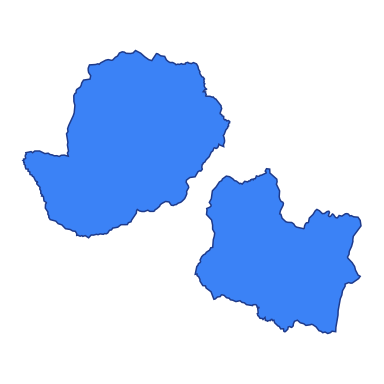 Ubalá, Cundinamarca, Colombia (Natural Earth projection)
{"feature_id": "7082276B3208116605104", "entity_name": "Ubalá", "entity_type": "district", "adm_level": 2, "iso_a3": "COL", "parent_name": "Colombia", "parent_adm1": "Cundinamarca", "projection": "natural_earth1", "projection_center": [-73.441, 4.757], "detail": "fine", "context": "isolated", "style": "filled", "palette": "blue", "viewbox_px": 384, "rotation_deg": 0, "n_neighbors": 0, "source": "geoboundaries", "source_scale": "gbopen_adm2", "svg_char_len": 5938}
<svg xmlns="http://www.w3.org/2000/svg" viewBox="0 0 384 384"><path d="M156.4,53.6L151.8,60.6L148.8,59.7L144.7,56.8L140.7,53.2L135.5,50.5L133.0,53.0L130.5,53.5L126.1,53.3L124.3,52.1L122.2,51.8L119.4,53.0L117.5,56.1L115.3,57.3L112.6,60.1L111.3,60.3L108.2,59.6L105.7,60.2L100.6,62.9L99.1,64.4L98.0,63.8L95.5,64.5L89.5,64.9L88.2,68.2L88.2,70.1L88.6,72.5L90.7,75.7L90.0,79.1L83.5,80.1L81.7,83.0L81.2,85.3L80.2,87.1L76.8,89.4L76.1,90.8L76.1,92.8L74.9,93.5L73.8,95.7L73.9,101.5L74.9,105.4L74.2,112.8L73.2,115.8L68.8,125.3L67.6,128.7L68.0,131.6L66.5,133.8L67.9,142.3L67.4,145.0L68.5,151.1L67.4,153.0L68.3,156.2L64.2,155.1L61.2,155.3L59.2,156.5L56.9,155.7L54.2,155.8L52.4,154.9L50.0,154.5L48.2,153.2L44.9,153.6L39.6,151.0L34.8,151.0L32.6,152.7L31.1,151.6L25.8,152.7L26.2,154.3L25.4,155.0L25.2,156.2L25.7,158.1L24.6,159.1L23.6,159.1L23.6,160.0L23.0,160.5L23.7,160.8L23.7,162.3L24.3,162.5L24.0,164.1L25.4,165.5L25.2,166.7L25.9,168.9L28.2,169.2L28.0,171.1L29.8,171.9L30.0,174.5L31.9,175.0L32.4,176.3L33.6,176.8L35.6,181.0L37.4,181.8L37.5,182.3L36.8,182.6L36.8,183.9L40.0,187.3L39.8,189.1L40.8,190.9L40.8,193.5L42.2,194.8L41.6,196.0L43.4,196.4L44.0,200.9L46.4,202.6L46.3,203.2L45.5,204.1L45.3,208.1L47.9,212.0L47.9,214.3L48.8,215.7L48.8,217.4L50.2,219.6L55.8,221.1L58.2,223.7L61.8,224.8L65.5,228.7L70.2,229.5L72.7,231.0L75.3,231.3L76.7,233.5L76.7,235.4L77.9,235.2L80.1,236.2L81.9,235.6L82.8,236.4L85.2,235.6L88.6,237.8L91.2,235.0L93.6,235.1L96.4,234.3L98.1,234.7L100.1,233.9L103.4,234.3L104.5,233.6L106.3,233.8L107.7,233.0L109.5,230.3L111.5,229.9L112.7,228.1L117.8,227.2L120.9,224.7L127.3,224.6L128.4,222.7L131.0,221.8L131.6,220.1L136.3,213.2L136.6,210.6L137.3,209.5L139.4,210.9L141.8,211.5L144.4,211.5L147.8,210.2L149.9,211.4L153.4,211.4L154.5,210.9L155.1,209.7L156.6,208.9L159.5,206.4L160.3,204.7L161.8,203.5L165.5,201.5L169.0,201.9L171.3,205.2L173.4,205.5L174.6,204.8L176.3,204.6L178.1,203.2L180.7,202.3L182.2,201.1L184.7,198.6L185.8,196.3L186.8,193.9L186.6,191.3L188.7,187.6L188.4,186.0L186.1,182.2L186.5,180.1L189.9,177.5L195.1,176.8L198.0,171.7L199.9,170.7L200.6,171.1L201.2,170.8L202.3,169.2L201.8,167.2L202.2,164.6L203.1,163.8L203.2,163.0L204.9,162.0L205.9,160.1L209.2,156.7L211.2,152.2L212.9,150.8L213.8,148.2L214.7,147.8L216.0,148.5L217.3,147.9L218.2,146.7L218.9,144.2L220.0,145.1L223.7,146.6L223.4,144.8L224.4,142.4L224.6,140.9L224.2,137.9L223.3,135.5L224.3,134.1L225.8,130.0L227.7,127.7L227.8,126.5L228.6,126.0L228.4,124.4L229.1,122.9L229.6,122.8L229.7,121.5L228.3,120.5L226.8,120.9L225.6,119.6L224.6,119.8L223.7,118.7L223.7,116.4L222.1,115.8L221.7,114.7L220.3,113.9L220.1,113.1L221.7,108.5L221.1,107.0L221.1,105.8L215.8,99.0L214.8,98.7L213.1,96.9L212.4,97.2L210.0,96.3L206.2,96.2L205.7,95.9L206.2,94.5L205.5,92.8L205.6,91.9L203.2,91.7L204.6,89.8L205.6,89.9L206.5,89.1L205.1,87.9L204.2,86.1L204.2,84.8L204.8,83.8L203.8,82.8L204.2,81.7L203.8,79.6L204.4,79.0L203.3,77.3L201.8,76.7L200.0,73.8L199.6,72.5L200.0,71.8L198.5,69.1L197.9,66.3L196.5,63.9L193.5,62.6L191.3,63.6L188.5,63.0L187.8,62.3L185.5,63.0L185.3,64.0L182.8,64.3L181.4,63.6L179.2,64.5L178.0,64.1L175.9,64.7L175.0,63.7L172.7,62.5L169.9,62.5L168.0,61.3L166.4,59.9L164.7,56.4L160.7,55.8L157.7,53.8L156.4,53.6ZM266.5,168.7L265.2,171.1L266.2,172.2L266.1,173.0L261.2,175.3L260.1,175.3L259.4,176.1L258.0,176.4L256.4,175.9L255.4,178.6L254.0,178.7L253.3,179.8L252.1,179.1L251.6,179.7L250.6,179.8L249.9,181.0L248.6,181.0L247.7,181.9L244.7,181.3L242.2,184.1L240.7,183.3L239.7,183.7L236.4,181.1L234.5,180.6L232.8,178.8L229.6,176.7L226.3,176.1L222.4,179.0L221.7,180.6L219.4,181.9L216.1,186.9L212.4,190.8L211.3,198.8L209.3,202.4L211.0,204.8L211.1,205.9L209.8,207.2L206.7,208.5L207.0,209.9L206.5,214.5L211.6,220.0L212.6,225.1L212.6,229.2L214.7,233.0L214.3,236.2L213.3,239.6L212.7,247.4L210.7,247.8L209.6,250.1L206.3,252.3L205.4,253.8L203.3,255.0L201.7,256.7L200.1,260.0L200.6,261.4L200.3,262.4L198.4,263.8L197.9,265.3L196.8,266.5L195.2,274.3L197.0,274.0L197.1,275.6L198.7,276.8L199.9,279.3L200.0,281.1L202.8,285.6L205.5,285.9L206.1,288.0L211.0,291.7L213.9,299.3L215.3,298.9L217.4,297.0L220.2,296.6L221.4,294.9L222.0,294.8L224.2,295.4L226.5,297.7L229.3,298.3L230.4,299.8L232.7,300.2L235.9,301.6L240.0,300.7L242.0,302.4L244.4,302.8L246.4,304.6L252.6,305.6L253.1,304.7L255.8,304.6L256.7,305.4L257.1,307.1L258.9,307.4L258.8,308.0L257.7,308.2L258.2,313.1L257.3,313.6L257.9,315.7L258.5,315.9L260.0,318.3L262.3,318.5L263.0,319.5L265.0,317.5L265.4,320.4L266.8,320.5L267.3,321.2L269.4,320.4L270.4,320.6L271.2,319.4L272.0,319.4L272.6,320.6L273.9,320.2L274.6,322.7L277.9,325.9L279.3,326.5L280.7,328.9L283.5,328.8L283.8,331.2L284.4,331.7L285.4,331.6L287.8,329.2L288.2,327.0L289.8,326.5L291.2,327.4L291.8,327.3L293.2,325.9L293.4,323.8L294.5,321.3L297.4,320.2L300.3,322.8L303.7,323.7L305.9,325.4L310.2,324.8L311.2,324.3L312.7,324.6L316.1,326.9L319.0,330.7L321.3,331.4L322.7,332.7L325.1,332.0L327.7,333.5L330.5,332.6L332.0,331.2L335.7,331.7L335.9,327.3L338.0,315.1L338.1,310.9L340.3,298.7L341.8,295.1L342.5,290.8L345.1,286.2L345.1,284.1L348.8,282.5L350.3,283.1L352.1,283.1L358.6,278.6L360.2,276.3L358.1,275.1L355.5,270.1L354.6,266.5L352.1,262.6L348.0,258.3L347.5,257.0L349.0,254.4L349.3,251.3L351.6,246.3L352.9,241.5L352.8,239.7L353.3,236.3L361.0,225.9L360.2,220.4L358.0,217.2L353.7,216.8L351.2,215.6L349.8,215.9L348.4,214.1L346.9,213.6L345.3,213.8L341.9,216.1L339.1,215.5L337.5,217.8L336.2,217.8L335.3,217.2L333.4,214.5L332.4,214.0L330.5,216.4L329.4,216.6L328.4,215.7L329.5,212.3L328.8,211.2L327.1,211.5L324.4,213.5L322.3,213.6L319.5,210.8L316.9,209.4L315.3,210.7L313.0,214.5L309.3,218.1L308.5,222.2L308.1,222.7L306.5,222.8L305.5,223.8L304.6,225.8L304.2,228.2L303.7,228.7L296.5,227.1L295.0,226.0L293.7,223.9L291.7,222.5L287.6,222.3L285.8,221.7L282.1,218.2L280.9,214.3L279.7,213.9L280.5,210.5L283.1,205.3L283.4,203.3L282.8,202.2L281.1,201.4L279.8,199.2L279.2,196.8L279.6,190.9L276.4,184.2L277.1,181.8L276.8,179.2L269.9,173.0L269.7,169.1L266.5,168.7Z" fill="#3b82f6" stroke="#1e3a8a" stroke-width="1.5"/></svg>